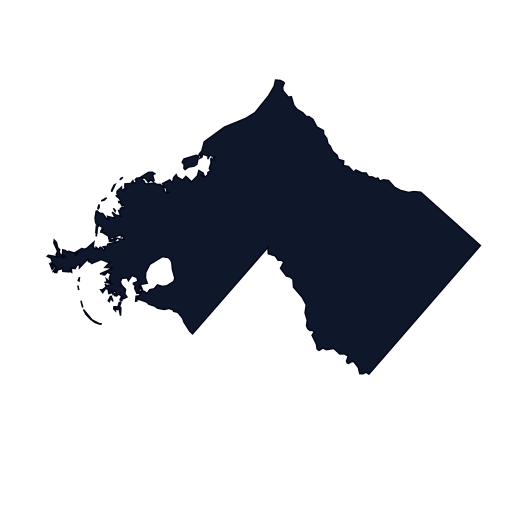 map outline of Louisiana (Equal Earth projection), rotated 131°
{"feature_id": "USA-3535", "entity_name": "Louisiana", "entity_type": "State", "adm_level": 1, "iso_a3": "USA", "parent_name": "United States of America", "parent_adm1": "", "projection": "equal_earth", "projection_center": [-90.64, 30.971], "detail": "fine", "context": "isolated", "style": "filled", "palette": "ink", "viewbox_px": 512, "rotation_deg": 131, "n_neighbors": 0, "source": "natural_earth", "source_scale": "10m", "svg_char_len": 6184}
<svg xmlns="http://www.w3.org/2000/svg" viewBox="0 0 512 512"><g transform="rotate(131 256 256)"><path d="M369.1,317.2L365.0,320.1L363.9,319.1L365.6,318.6L364.9,317.7L358.2,318.6L356.1,317.5L355.6,313.6L351.1,314.1L347.7,311.4L342.5,311.4L340.4,306.8L337.2,303.8L329.3,301.4L326.0,302.7L320.8,310.5L316.4,315.0L315.0,317.5L314.7,321.2L317.9,326.2L332.0,330.7L340.9,328.4L345.1,325.0L347.9,320.2L353.4,324.7L356.5,318.6L357.0,319.7L355.3,323.5L356.1,324.7L357.0,322.5L359.7,321.4L358.2,319.7L360.7,319.5L362.3,321.4L359.9,326.5L357.6,327.6L357.7,330.0L357.0,330.7L352.7,328.5L350.3,331.7L352.1,336.9L358.3,336.1L357.0,338.9L360.9,342.6L364.6,341.4L366.2,338.2L366.8,332.6L370.6,330.2L371.6,326.5L375.1,327.9L375.1,329.6L377.6,327.9L378.8,328.7L378.0,330.1L374.7,330.7L374.7,333.5L373.5,334.5L377.6,335.0L378.6,336.6L377.9,337.8L376.8,338.1L376.3,336.7L374.7,338.3L376.0,340.5L378.6,339.1L377.2,342.3L378.8,341.1L380.9,342.3L378.0,346.0L380.1,349.3L377.7,348.8L376.0,351.5L376.4,349.3L371.9,346.0L372.1,347.4L368.9,352.2L364.7,353.9L365.7,357.6L369.5,357.7L370.2,358.7L369.0,358.7L371.9,362.0L358.7,355.9L363.7,362.5L355.4,362.0L357.5,362.8L360.2,370.5L369.5,375.2L368.7,378.0L369.9,378.0L369.8,379.3L368.3,380.1L368.6,380.9L380.8,381.5L378.1,383.7L380.5,385.1L384.1,384.2L386.4,387.5L389.2,384.5L389.8,387.3L390.6,386.7L394.3,391.7L392.3,393.9L396.9,396.6L399.2,395.5L400.5,397.2L399.3,397.8L400.6,398.9L398.1,399.4L398.1,397.8L395.3,400.1L395.2,401.1L399.8,401.1L397.3,406.0L396.9,403.9L395.2,403.3L396.1,406.6L394.8,404.9L392.1,409.1L393.2,413.3L391.7,413.2L386.3,404.4L386.2,407.7L382.5,408.9L378.7,417.2L376.3,418.7L376.7,415.4L379.8,411.3L380.0,408.3L382.4,407.1L384.5,400.1L383.6,400.0L382.8,402.7L381.8,398.3L381.6,403.3L378.1,405.9L376.8,403.1L377.2,401.5L375.4,400.5L372.1,393.4L373.7,392.8L371.3,392.1L370.6,392.8L371.2,394.5L364.5,392.3L363.6,390.0L361.2,388.7L351.8,387.5L355.4,385.3L356.3,383.2L355.9,381.4L354.3,382.4L354.4,379.1L351.7,379.4L351.0,377.4L351.9,374.8L349.8,374.3L349.2,377.3L346.4,374.6L344.3,375.6L334.8,369.1L333.0,369.1L333.1,370.8L329.9,366.4L328.2,369.6L329.9,370.2L328.2,371.5L339.4,378.5L337.8,380.2L338.6,385.7L337.3,384.0L339.8,388.9L338.6,389.5L336.8,388.0L337.0,390.0L335.1,390.1L335.8,394.8L337.8,394.5L336.0,398.9L333.0,402.3L327.1,406.0L326.2,405.6L326.4,402.3L324.5,399.5L325.8,393.9L325.1,391.3L323.5,394.0L320.4,387.9L319.2,388.5L317.1,393.4L317.1,388.9L314.7,384.2L311.8,389.5L310.9,388.3L309.1,389.5L307.0,388.7L306.6,387.1L304.5,388.2L304.3,389.5L306.0,390.0L304.8,393.3L305.6,394.5L305.0,395.4L303.5,393.4L302.3,396.7L302.3,401.6L301.5,399.9L300.2,400.0L300.1,401.9L298.3,403.3L292.3,402.7L294.5,400.9L294.0,399.4L292.9,400.0L289.9,398.3L290.0,400.3L287.6,402.2L283.3,398.0L280.0,398.3L281.2,396.1L279.7,395.0L278.3,395.3L277.6,397.1L275.8,397.2L273.1,395.0L263.4,392.0L260.8,389.2L260.1,385.7L260.8,386.9L262.9,386.9L265.8,382.5L267.2,382.4L267.7,385.3L270.9,385.7L270.0,390.6L271.3,392.8L273.8,391.1L272.9,390.0L274.0,387.5L273.3,385.7L267.4,380.4L267.2,378.0L264.8,375.2L264.8,370.9L267.4,367.2L266.9,364.1L265.1,363.6L265.7,365.5L263.7,368.3L263.9,370.8L262.6,374.0L255.1,371.0L255.6,368.2L254.8,367.4L250.9,369.6L247.0,369.6L248.1,367.2L246.9,361.3L241.9,361.1L242.3,353.3L233.8,352.8L229.0,355.2L228.1,350.4L229.3,348.2L230.8,349.9L231.0,348.5L229.7,346.2L226.2,345.7L224.5,347.1L221.5,346.1L220.5,348.7L215.3,350.9L212.4,353.8L211.6,353.8L212.0,351.3L211.0,351.0L210.0,352.6L208.4,351.5L210.1,357.0L214.5,355.9L212.0,357.6L214.0,363.1L216.9,361.7L219.0,362.5L216.4,363.4L216.1,364.2L217.3,364.7L216.5,365.7L212.2,365.8L203.8,370.0L179.4,364.4L158.8,354.0L148.4,350.8L126.8,351.6L115.9,353.7L110.4,356.7L107.5,352.7L106.7,349.4L107.0,348.1L111.1,346.7L113.5,344.1L114.9,335.8L112.6,333.8L117.5,326.2L118.4,321.1L117.2,314.7L117.8,309.6L116.1,307.5L115.5,302.8L118.7,294.8L117.1,287.4L119.8,284.6L120.8,279.8L124.0,275.5L124.5,271.7L126.7,267.1L126.8,260.8L129.0,257.2L126.7,252.1L130.5,249.4L127.8,245.0L128.6,237.4L125.5,237.0L123.9,230.7L121.1,227.3L122.4,223.0L120.0,220.1L119.1,216.5L117.2,215.1L118.2,211.8L114.8,209.7L112.1,205.5L113.2,196.5L111.7,190.0L108.0,182.6L103.9,179.2L99.8,173.5L100.9,93.5L271.1,93.3L271.4,96.6L274.8,98.1L276.7,100.5L273.1,105.5L271.6,112.5L272.5,114.3L276.5,115.8L276.8,117.2L275.8,118.8L271.0,120.7L271.9,125.2L275.0,128.5L274.7,136.6L280.5,141.4L281.5,145.1L285.9,146.5L286.1,148.8L282.9,152.6L279.0,161.7L275.2,162.2L275.0,164.3L276.8,166.6L276.8,169.5L275.4,172.2L270.9,175.1L266.7,181.7L259.9,186.0L256.8,194.1L254.9,207.2L249.3,212.9L249.5,216.4L251.2,220.0L249.2,229.4L242.1,231.1L242.6,234.0L244.7,236.4L243.3,241.5L246.2,248.3L241.5,252.7L356.4,252.8L356.2,256.7L353.1,267.1L351.1,270.5L349.8,278.1L351.8,281.9L351.1,283.5L352.7,287.4L356.5,290.1L360.0,296.1L360.2,299.4L362.6,305.1L362.5,308.4L365.4,315.6L366.8,317.5L368.0,316.4L369.1,317.2ZM233.6,373.3L230.0,374.0L219.2,367.2L218.3,365.0L225.5,360.8L228.8,361.7L233.2,365.3L237.3,366.2L237.1,368.0L234.1,370.2L233.6,373.3ZM389.5,326.2L389.3,328.7L387.4,329.9L385.1,326.8L380.8,328.7L380.0,327.3L383.7,325.9L383.7,324.1L389.9,319.1L385.8,324.5L387.6,325.7L387.8,327.9L389.5,326.2ZM341.1,376.2L339.9,377.3L337.3,374.5L335.3,374.9L333.6,372.3L337.1,372.4L341.1,376.2ZM408.4,327.9L409.8,328.9L411.8,333.9L412.2,339.4L411.6,346.0L409.6,351.1L411.8,337.8L409.9,330.0L408.4,327.9ZM372.3,348.2L375.2,353.2L373.3,351.0L371.5,353.8L371.4,349.2L372.3,348.2ZM380.6,348.1L384.2,347.7L383.4,351.0L380.6,348.1ZM294.6,409.2L302.2,407.1L301.3,407.9L300.3,408.3L295.7,409.6L294.6,409.2ZM343.1,391.1L343.5,392.2L339.0,395.5L339.4,393.8L343.1,391.1ZM313.6,407.3L316.0,409.0L310.0,406.9L313.6,407.3ZM386.7,336.8L386.7,338.1L383.2,339.0L384.1,337.7L386.7,336.8ZM384.1,334.1L383.1,337.3L381.1,339.4L384.1,334.1ZM320.0,408.3L322.2,406.3L323.8,406.0L323.8,406.6L320.0,408.3ZM390.9,372.4L391.0,374.2L387.7,375.2L390.6,373.6L390.9,372.4ZM314.7,391.7L313.6,394.9L314.0,392.0L314.7,391.7ZM407.6,354.6L404.6,358.8L408.5,352.9L407.6,354.6ZM284.0,408.1L286.4,408.3L287.8,408.8L285.7,408.8L284.0,408.1ZM397.6,367.8L398.0,367.5L395.1,371.1L397.6,367.8ZM344.8,390.0L346.1,389.6L344.5,390.6L344.8,390.0Z" fill="#0f172a" stroke="#020617" stroke-width="1.5"/></g></svg>